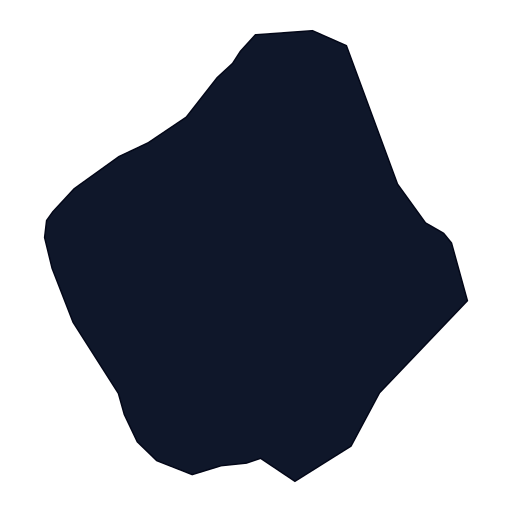 outline of Šmarje pri Jelšah
{"feature_id": "SVN-993", "entity_name": "Šmarje pri Jelšah", "entity_type": "Municipality", "adm_level": 1, "iso_a3": "SVN", "parent_name": "Slovenia", "parent_adm1": "", "projection": "orthographic", "projection_center": [15.519, 46.216], "detail": "fine", "context": "isolated", "style": "filled", "palette": "ink", "viewbox_px": 512, "rotation_deg": 0, "n_neighbors": 0, "source": "natural_earth", "source_scale": "10m", "svg_char_len": 504}
<svg xmlns="http://www.w3.org/2000/svg" viewBox="0 0 512 512"><path d="M192.2,474.6L156.7,460.6L137.3,441.8L124.3,414.5L118.4,393.4L73.1,322.3L52.1,268.3L44.6,237.5L46.6,220.5L52.9,211.7L74.2,188.7L118.9,156.6L148.1,142.8L186.3,117.1L217.2,77.6L232.6,63.4L240.4,51.3L255.4,34.8L312.5,30.7L346.4,45.7L397.5,184.1L425.5,222.9L443.6,233.3L451.5,243.0L467.4,300.7L379.5,392.8L351.0,446.1L294.9,481.3L260.6,458.3L246.4,463.1L221.1,465.7L192.2,474.6Z" fill="#0f172a" stroke="#020617" stroke-width="1.5"/></svg>